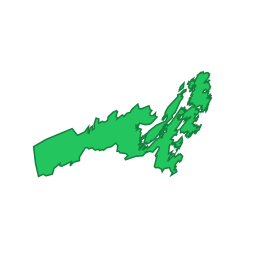 Hábmer smj 2, Nordland, Norway (Robinson projection), rotated 126°
{"feature_id": "86288312B17604167467724", "entity_name": "Hábmer smj 2", "entity_type": "district", "adm_level": 2, "iso_a3": "NOR", "parent_name": "Norway", "parent_adm1": "Nordland", "projection": "robinson", "projection_center": [15.771, 67.88], "detail": "fine", "context": "isolated", "style": "filled", "palette": "green", "viewbox_px": 256, "rotation_deg": 126, "n_neighbors": 0, "source": "geoboundaries", "source_scale": "gbopen_adm2", "svg_char_len": 5598}
<svg xmlns="http://www.w3.org/2000/svg" viewBox="0 0 256 256"><g transform="rotate(126 128 128)"><path d="M120.7,147.4L124.0,149.4L130.7,150.6L133.4,149.0L135.6,149.5L137.4,150.8L137.6,152.6L141.2,154.5L137.8,157.1L138.8,159.6L144.5,157.8L148.1,154.9L150.5,155.6L147.3,157.9L150.2,158.6L155.3,156.5L155.4,157.7L150.1,160.7L156.8,160.8L163.7,164.6L161.3,172.8L185.5,187.6L198.6,193.4L211.1,181.9L219.8,171.9L215.2,169.4L214.9,166.3L209.8,162.1L204.2,164.1L196.6,162.2L198.6,160.8L197.7,159.0L188.6,154.2L192.7,152.5L187.8,152.0L182.9,148.1L179.9,150.2L169.1,150.9L167.7,149.3L168.0,147.5L165.1,145.4L165.3,141.6L162.7,139.5L162.9,137.7L160.7,136.2L160.3,134.7L156.5,133.6L152.8,130.5L147.6,129.1L148.2,125.9L153.3,123.2L152.1,121.4L152.8,120.1L149.8,114.3L150.4,111.9L154.5,112.6L155.1,111.3L146.6,105.3L141.6,99.6L136.2,99.4L135.9,98.8L137.1,98.7L134.3,97.1L133.0,93.8L125.7,93.0L125.3,91.7L125.9,90.7L134.2,89.7L134.8,88.6L133.9,88.1L143.8,83.9L143.9,82.3L142.1,80.1L141.7,76.7L143.3,74.6L139.6,74.9L135.7,71.2L137.9,67.5L137.8,65.9L140.9,65.3L134.0,62.6L134.7,63.2L133.2,64.7L134.6,66.2L130.9,66.4L130.6,67.0L131.5,67.5L129.2,68.3L124.5,67.9L125.1,66.3L123.3,65.8L118.7,67.3L118.1,70.4L119.5,70.9L119.4,71.7L123.9,72.6L124.0,73.7L121.4,74.8L131.8,76.3L127.1,77.4L122.4,76.7L123.0,77.7L125.2,77.7L121.0,78.5L125.1,80.0L117.7,84.3L113.9,82.9L112.2,82.9L113.9,83.6L110.8,84.3L112.1,87.0L106.2,86.4L105.6,84.8L103.9,84.7L104.9,85.3L100.5,86.2L101.5,86.6L100.9,87.5L103.1,88.7L91.8,88.6L89.2,90.1L91.7,91.8L89.5,93.1L91.1,93.6L90.2,94.5L87.1,94.6L86.7,93.6L88.8,92.3L85.6,92.4L83.8,91.3L90.4,89.2L85.6,87.0L88.8,86.5L82.4,84.1L83.7,83.5L85.0,84.8L98.7,85.1L99.7,83.3L101.0,82.7L98.8,81.0L99.2,79.9L98.0,79.7L99.6,79.6L95.6,78.1L95.9,77.0L94.9,76.9L99.7,77.3L100.6,76.9L99.7,75.3L100.5,75.0L98.4,73.8L99.9,73.4L98.4,72.7L95.3,72.8L95.1,73.7L96.9,74.4L96.2,74.9L94.5,73.4L92.0,73.7L95.2,73.0L89.6,71.8L93.0,71.3L93.2,70.4L91.5,70.4L92.3,69.9L88.6,70.6L89.7,70.1L87.9,69.5L81.7,70.8L85.2,70.8L85.6,71.4L84.5,71.7L86.8,71.8L87.5,72.3L84.6,72.5L86.9,73.1L85.6,73.8L87.2,73.7L85.4,74.3L87.1,75.4L86.2,76.0L87.4,76.2L86.5,77.0L86.6,78.6L81.4,78.4L82.9,77.9L82.5,76.9L80.0,77.1L79.8,78.1L77.9,77.4L76.8,78.2L80.5,78.5L79.9,78.6L81.4,80.1L77.0,80.7L77.9,82.1L77.3,82.4L76.8,80.2L72.8,79.8L73.0,80.9L71.6,81.1L72.3,82.0L71.2,82.1L72.0,83.0L70.9,82.6L73.4,84.0L71.3,84.9L67.9,83.6L67.5,81.4L65.6,81.3L68.4,81.1L68.1,80.1L69.8,80.4L69.8,79.0L68.7,78.9L71.8,78.7L71.4,79.2L72.3,78.3L70.9,78.1L71.0,76.8L66.8,76.7L68.9,74.6L65.3,75.0L65.9,75.1L64.5,75.9L65.7,75.7L66.8,76.2L64.8,76.0L65.4,76.6L61.3,76.7L60.6,77.0L62.8,76.8L62.9,77.3L54.7,78.2L54.6,79.2L55.7,78.9L55.2,79.4L55.9,79.4L56.2,79.7L55.3,79.8L56.2,80.6L53.0,79.8L52.4,81.4L56.6,80.6L57.3,81.5L55.2,81.4L53.9,83.2L50.7,84.2L51.0,85.3L53.5,85.6L55.4,88.2L53.6,88.8L51.1,88.0L51.1,86.7L52.2,86.4L51.8,85.5L48.1,84.9L45.4,85.9L46.1,86.0L43.4,90.3L41.6,90.0L41.7,90.7L44.2,90.3L43.7,91.0L44.3,91.4L43.0,91.5L44.4,91.8L43.5,92.4L45.6,91.9L46.5,92.9L39.3,92.6L36.6,93.7L37.3,94.0L36.2,95.7L36.7,96.6L39.6,98.8L38.4,100.3L40.7,101.2L40.3,101.7L45.2,103.0L44.5,102.4L51.5,101.2L50.8,101.8L51.6,102.1L51.4,103.2L50.8,103.2L51.6,103.7L49.5,104.2L51.9,105.1L54.4,104.6L54.6,106.1L57.6,105.4L56.4,103.7L59.0,103.4L60.0,101.5L59.5,100.3L55.6,99.9L55.6,100.6L54.5,99.9L55.4,99.6L54.3,99.7L54.7,98.8L53.8,98.7L53.8,98.0L57.2,97.9L58.0,96.4L59.9,97.1L64.5,96.3L63.8,95.5L65.1,95.6L64.1,95.3L64.8,94.9L67.7,95.8L69.3,94.9L66.8,94.6L70.8,93.7L70.1,94.6L71.3,94.7L74.1,93.6L73.1,92.5L72.1,93.1L70.2,90.8L72.8,91.0L70.8,89.3L71.3,88.9L70.4,87.8L70.7,87.7L70.8,86.6L71.2,86.2L73.4,88.7L82.3,91.3L81.1,92.3L78.4,92.0L80.7,93.3L77.2,94.5L80.0,94.1L80.9,94.9L80.1,95.3L81.1,95.9L79.3,96.8L98.4,96.3L102.9,97.3L102.1,98.5L104.4,99.0L113.1,98.8L110.4,99.2L111.9,99.7L115.5,97.9L111.8,96.8L109.1,97.6L104.8,96.9L107.1,96.3L106.6,95.9L108.2,94.7L111.2,96.3L115.7,94.7L116.2,94.9L114.3,95.8L120.7,98.0L119.4,98.2L131.1,99.6L131.9,100.2L131.3,101.6L133.1,100.7L132.7,102.2L136.3,102.5L136.8,103.4L132.4,103.8L132.3,105.5L139.9,106.0L135.9,107.5L135.3,107.0L136.4,106.5L132.3,106.6L132.1,107.4L136.1,109.7L130.3,108.9L132.3,110.0L131.3,111.2L128.9,109.9L127.1,110.7L127.8,109.7L125.9,108.7L122.4,109.9L129.6,111.9L124.1,114.9L124.1,115.8L121.2,116.5L122.0,119.0L124.0,119.7L121.4,120.2L121.4,121.0L123.2,121.5L121.1,123.0L121.0,121.1L120.1,121.9L119.8,120.9L117.3,121.4L115.3,116.2L112.6,113.0L109.7,111.8L102.0,111.0L102.3,113.2L99.7,114.6L103.2,115.1L104.9,117.2L103.6,119.0L99.8,119.0L100.2,120.9L97.7,124.1L104.4,128.3L105.8,130.4L102.9,134.1L111.1,135.9L113.9,135.3L116.8,137.6L121.1,138.1L120.6,140.0L121.3,140.5L127.1,142.1L125.9,142.6L125.8,144.5L121.0,146.1L120.7,147.4ZM105.9,100.5L93.5,98.3L91.6,99.8L87.6,99.0L76.0,101.5L71.6,101.5L70.4,102.1L71.0,103.1L69.8,103.4L70.5,103.9L68.7,104.6L64.3,102.9L62.8,103.6L64.7,105.2L70.0,105.9L71.8,107.3L73.4,106.1L87.7,107.8L93.4,107.1L97.0,105.2L97.6,106.0L100.6,105.5L101.3,105.1L100.9,104.2L94.6,104.2L95.8,102.7L100.3,101.6L108.9,106.6L118.2,109.2L122.4,109.1L131.1,106.2L129.9,105.4L130.6,104.7L129.0,104.4L129.9,103.6L128.7,102.7L126.8,101.7L124.7,102.1L123.9,101.3L124.4,101.0L122.0,100.2L114.2,99.4L112.0,100.1L108.3,99.3L105.9,100.5ZM114.7,74.5L108.5,75.5L108.0,75.7L109.2,76.9L106.1,76.6L103.5,79.2L110.2,79.9L112.2,81.7L115.1,81.8L114.3,81.0L115.2,80.9L113.4,80.6L116.5,79.3L112.8,79.5L116.1,78.3L113.3,76.3L114.5,75.6L117.0,76.2L118.0,75.1L114.8,75.5L114.7,74.5ZM62.8,106.9L58.7,109.2L64.1,109.8L67.8,108.5L62.8,106.9ZM60.5,98.5L54.5,98.7L62.7,99.9L60.5,98.5Z" fill="#22c55e" stroke="#15803d" stroke-width="1.5"/></g></svg>